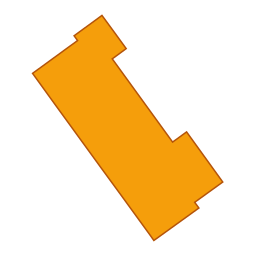 the district of Bottineau, North Dakota, United States of America, rotated 234°
{"feature_id": "52423323B86057678992941", "entity_name": "Bottineau", "entity_type": "district", "adm_level": 2, "iso_a3": "USA", "parent_name": "United States of America", "parent_adm1": "North Dakota", "projection": "robinson", "projection_center": [-100.84, 48.772], "detail": "fine", "context": "isolated", "style": "filled", "palette": "amber", "viewbox_px": 256, "rotation_deg": 234, "n_neighbors": 0, "source": "geoboundaries", "source_scale": "gbopen_adm2", "svg_char_len": 414}
<svg xmlns="http://www.w3.org/2000/svg" viewBox="0 0 256 256"><g transform="rotate(234 128 128)"><path d="M90.4,173.1L90.4,155.8L193.2,155.9L193.3,173.2L213.8,173.2L234.4,173.1L234.3,138.6L228.4,138.6L228.3,82.9L189.2,82.8L188.8,82.8L128.1,82.8L112.6,82.8L80.0,82.9L67.4,82.9L60.3,82.9L27.9,82.9L21.8,82.8L21.6,138.3L28.7,138.3L28.6,172.9L90.4,173.1Z" fill="#f59e0b" stroke="#b45309" stroke-width="1.5"/></g></svg>